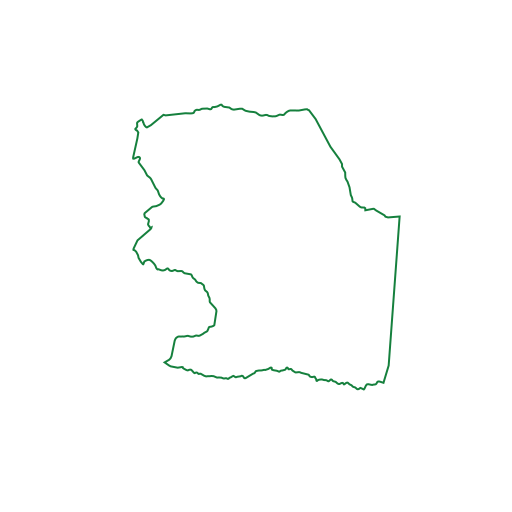 Masvingo, Albers equal-area conic projection, rotated 322°
{"feature_id": "ZWE-532", "entity_name": "Masvingo", "entity_type": "Province", "adm_level": 1, "iso_a3": "ZWE", "parent_name": "Zimbabwe", "parent_adm1": "", "projection": "albers", "projection_center": [30.801, -20.777], "detail": "fine", "context": "isolated", "style": "outline", "palette": "green", "viewbox_px": 512, "rotation_deg": 322, "n_neighbors": 0, "source": "natural_earth", "source_scale": "10m", "svg_char_len": 6115}
<svg xmlns="http://www.w3.org/2000/svg" viewBox="0 0 512 512"><g transform="rotate(322 256 256)"><path d="M271.5,430.8L270.7,430.5L269.1,429.5L268.4,429.3L267.7,428.7L265.6,426.2L264.5,425.5L263.0,425.7L259.6,427.4L258.8,427.5L257.4,424.8L257.0,424.2L255.1,424.1L254.4,423.8L253.9,423.4L253.6,422.7L253.4,421.3L253.2,420.6L252.0,418.9L251.8,418.1L251.7,416.7L250.7,414.7L250.3,412.4L249.9,411.9L249.1,411.6L248.4,411.5L246.6,411.5L246.2,411.2L246.3,410.0L246.2,409.4L245.7,409.0L244.6,408.6L243.1,408.3L242.6,408.0L242.1,407.4L241.7,406.4L241.3,404.3L241.0,403.8L239.8,402.2L239.6,401.6L239.6,400.3L239.4,399.8L238.9,399.4L237.9,399.4L236.6,399.5L236.1,399.4L235.7,399.0L235.1,397.5L234.6,396.8L233.5,395.9L232.9,395.2L232.3,394.3L231.6,393.6L230.1,392.6L229.2,392.2L228.4,392.0L227.2,392.0L226.9,391.7L227.0,391.2L227.6,390.2L227.6,389.1L227.7,388.5L227.9,388.0L227.9,387.5L227.6,386.9L225.7,386.0L225.0,385.3L224.3,384.1L224.3,383.4L224.4,382.1L224.2,381.7L219.6,375.8L219.3,375.1L218.8,374.4L218.3,373.9L215.7,372.3L215.3,371.8L214.2,368.7L214.2,367.5L214.1,366.8L213.7,366.3L212.3,365.6L211.9,365.2L212.1,363.9L212.0,363.3L211.7,363.0L211.0,362.9L210.0,363.3L209.4,363.5L208.8,363.5L206.4,362.5L205.2,361.8L204.6,361.6L203.5,361.6L203.0,361.4L202.2,360.0L201.7,359.2L199.6,356.9L198.7,355.6L198.6,355.2L198.8,354.8L199.4,354.0L199.4,353.5L199.1,353.1L198.3,352.8L196.2,352.6L193.1,351.5L192.3,350.7L190.1,349.7L187.6,347.9L185.2,346.7L184.5,346.8L183.0,347.3L182.4,347.3L181.2,346.9L173.0,345.9L172.3,345.7L171.8,345.3L171.6,344.9L171.7,342.8L171.6,342.3L171.2,341.8L170.8,341.5L169.8,341.3L169.1,340.9L167.0,339.7L165.6,339.2L165.2,338.8L164.7,337.3L164.4,336.6L163.5,336.3L161.5,336.1L160.2,335.7L159.7,335.7L158.9,335.8L158.5,335.7L158.1,335.4L157.6,334.5L157.2,333.9L156.4,333.4L155.8,333.1L155.2,332.7L154.6,331.9L153.8,330.5L151.9,328.8L150.8,328.1L150.3,327.6L148.6,324.6L147.0,323.1L145.8,322.4L144.1,321.1L142.6,320.2L141.5,318.6L140.0,314.9L139.5,314.3L138.4,313.8L138.1,313.5L137.9,312.1L137.7,311.6L137.4,311.2L136.6,310.8L135.6,310.6L135.4,310.3L135.2,309.6L135.0,306.6L134.8,305.7L134.4,305.2L133.4,304.6L132.8,304.4L131.9,304.2L131.4,303.7L130.8,302.7L129.8,300.4L129.5,299.4L129.6,298.8L129.8,298.6L129.7,298.4L129.3,297.9L125.5,295.8L120.8,290.4L120.1,288.8L118.5,283.6L123.7,284.3L125.7,284.0L127.8,282.9L139.9,272.6L141.2,271.9L142.1,271.5L143.2,271.4L144.5,271.5L145.2,271.7L145.9,272.1L146.5,272.7L148.7,274.3L149.4,274.9L150.1,275.4L152.8,276.7L153.2,277.0L154.8,279.2L155.8,280.1L157.0,280.9L159.4,281.6L160.0,281.9L161.6,283.6L162.6,284.1L166.2,284.7L168.1,284.7L170.8,285.2L171.6,285.1L172.1,284.9L172.5,284.6L173.7,284.0L174.8,283.3L175.1,283.2L175.6,283.2L177.6,284.3L178.9,284.7L179.6,284.9L180.6,284.8L190.8,275.2L191.5,274.0L191.8,272.3L191.2,264.3L191.4,263.6L191.7,263.1L192.8,261.7L193.2,261.0L193.5,260.4L194.0,257.8L195.1,255.6L195.3,254.3L194.8,252.0L194.8,251.4L195.2,250.0L196.5,247.6L196.7,247.1L196.7,246.4L196.4,245.3L195.9,243.4L194.0,241.6L193.7,241.1L193.4,239.9L193.3,239.2L193.5,237.3L193.4,236.6L192.9,234.8L192.9,234.1L193.0,233.1L193.4,231.9L193.5,231.1L193.4,230.4L189.1,225.6L188.7,224.4L188.6,223.1L188.4,222.5L188.1,222.1L187.7,221.7L185.0,219.8L184.4,218.9L183.7,217.3L183.3,217.0L182.7,216.8L180.9,216.3L180.1,215.7L179.4,214.8L179.0,213.8L179.0,212.0L178.8,211.5L178.4,211.2L177.8,211.1L175.8,211.0L174.7,210.6L173.7,210.1L172.6,209.0L171.1,206.6L170.8,206.2L170.2,206.0L170.0,205.4L170.0,204.2L170.8,201.5L170.9,199.3L170.7,197.1L170.4,195.3L169.9,193.9L169.3,193.1L167.9,192.3L166.2,191.8L164.6,191.6L162.7,192.8L162.1,193.1L161.8,192.8L161.7,189.7L162.3,185.2L163.5,182.8L164.2,178.9L164.0,177.4L163.8,176.6L163.2,175.8L163.5,175.3L164.3,174.7L172.1,170.8L172.6,170.7L189.4,169.9L190.7,169.5L191.2,169.1L190.1,168.9L190.0,168.2L190.3,167.2L190.1,166.5L190.1,166.0L190.3,164.9L190.6,164.4L193.0,162.6L193.9,161.3L193.9,160.7L193.3,159.6L193.3,158.7L192.8,158.1L192.5,157.0L192.6,156.5L193.7,154.3L194.7,153.7L203.5,153.4L204.5,153.4L205.3,153.7L208.1,155.3L211.2,156.1L212.5,156.3L213.8,156.2L216.9,155.4L218.4,154.6L218.6,154.1L218.4,153.7L217.8,153.1L217.6,152.8L217.3,151.1L217.3,149.7L217.6,147.7L218.8,144.2L218.9,143.6L218.7,140.8L218.8,140.0L220.6,131.1L220.7,130.0L220.6,128.8L220.2,127.3L219.8,125.5L220.9,119.7L221.1,110.6L221.3,109.7L222.0,109.2L223.1,108.7L224.5,107.9L225.0,107.0L224.9,106.2L224.3,105.5L223.5,105.1L220.3,104.4L219.6,104.1L219.2,103.7L219.4,103.2L220.2,102.4L234.8,90.4L239.3,86.2L239.5,83.9L239.0,82.9L238.9,82.0L239.1,81.6L241.2,81.2L242.1,80.8L242.8,80.0L243.9,78.3L244.6,77.7L245.7,77.6L249.3,77.9L250.0,78.1L250.0,79.5L249.8,80.3L249.4,80.9L249.5,81.4L249.0,82.5L248.7,83.7L248.6,85.1L248.7,86.4L248.9,87.0L249.2,87.5L253.7,88.2L270.0,87.8L271.4,89.6L288.2,100.0L292.0,103.2L293.3,104.1L294.5,104.7L295.1,104.8L295.7,104.6L296.7,104.0L297.4,103.9L298.5,104.0L299.1,104.2L299.6,104.5L300.7,105.6L301.2,105.9L301.8,106.2L303.8,106.6L304.8,107.2L308.4,109.8L310.0,112.0L310.6,112.4L311.3,112.6L312.9,112.0L313.7,112.1L315.0,113.1L317.3,114.2L318.4,114.5L320.9,114.9L321.6,115.2L322.0,115.6L322.0,117.2L322.3,118.0L322.9,119.0L326.0,122.2L326.4,122.6L327.1,125.0L327.5,125.7L328.4,126.8L329.1,127.3L333.9,130.0L335.1,130.9L335.8,131.5L336.8,134.3L337.3,135.3L339.7,138.2L342.9,141.2L344.2,142.8L345.4,146.8L345.8,147.6L346.6,148.6L347.7,149.5L350.5,150.8L351.1,151.3L351.6,151.8L352.4,153.5L353.2,154.4L354.8,156.0L357.0,157.7L358.3,158.3L361.5,159.1L362.2,159.6L363.7,161.2L364.4,161.7L365.0,161.9L367.4,161.5L369.4,161.5L371.2,161.8L372.6,162.4L379.4,167.8L384.8,170.6L386.6,171.8L386.9,172.8L387.5,173.8L387.3,184.8L381.9,215.7L381.3,231.2L380.4,236.5L378.8,238.6L377.7,245.1L375.6,247.9L374.6,249.5L374.1,251.5L373.9,253.7L372.0,259.4L368.2,266.4L367.7,268.7L367.3,269.8L365.8,272.3L365.9,273.2L366.8,274.6L367.1,275.5L368.1,280.7L368.4,281.7L369.0,282.7L371.2,284.5L371.5,285.6L370.3,287.3L377.5,291.0L378.0,291.5L378.7,294.1L382.3,303.1L382.2,304.7L383.8,306.9L393.5,313.3L293.1,424.0L278.4,434.4L276.0,430.9L275.0,430.1L274.0,430.0L272.3,430.7L271.5,430.8Z" fill="none" stroke="#15803d" stroke-width="2"/></g></svg>